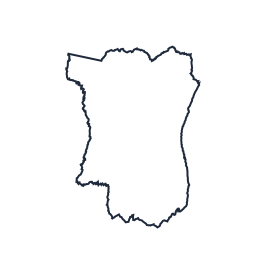 Medicilândia, Pará, Brazil, rotated 19°
{"feature_id": "56859067B67123730011126", "entity_name": "Medicilândia", "entity_type": "district", "adm_level": 2, "iso_a3": "BRA", "parent_name": "Brazil", "parent_adm1": "Pará", "projection": "equal_earth", "projection_center": [-53.215, -3.165], "detail": "fine", "context": "isolated", "style": "outline", "palette": "slate", "viewbox_px": 256, "rotation_deg": 19, "n_neighbors": 0, "source": "geoboundaries", "source_scale": "gbopen_adm2", "svg_char_len": 5812}
<svg xmlns="http://www.w3.org/2000/svg" viewBox="0 0 256 256"><g transform="rotate(19 128 128)"><path d="M163.3,37.9L162.2,38.8L161.5,38.6L161.1,39.3L160.1,39.2L159.7,39.6L158.8,38.9L157.2,39.8L156.6,38.9L155.9,39.7L154.9,39.4L154.2,40.5L153.2,40.8L152.0,39.7L150.6,40.1L150.0,39.5L149.1,40.4L148.5,40.3L148.2,39.4L147.3,38.9L147.0,38.1L146.3,37.4L145.8,37.5L145.3,36.9L144.7,37.1L143.7,36.6L141.1,38.8L140.8,39.8L140.4,40.1L140.7,41.2L140.5,42.1L137.7,44.3L137.1,44.4L137.1,45.1L136.6,45.8L136.1,45.7L135.3,46.7L135.3,47.6L134.8,48.4L132.7,50.3L132.7,50.8L131.6,51.7L131.9,52.7L131.2,54.0L130.7,53.7L130.2,54.7L130.0,55.7L128.9,56.7L128.8,56.1L128.3,55.6L126.7,56.0L126.2,55.5L125.9,54.8L125.1,54.3L125.2,53.6L125.0,53.2L124.1,52.9L123.7,52.2L122.9,52.1L122.7,51.6L121.5,50.9L121.0,51.1L119.9,50.6L118.8,50.8L117.9,49.8L117.0,50.0L115.0,49.8L114.5,50.5L113.3,50.1L112.7,50.4L112.1,50.2L111.1,50.7L110.5,49.9L108.1,52.1L107.6,54.5L106.9,55.0L106.6,54.6L105.5,54.4L103.6,55.5L102.9,56.6L101.9,56.9L98.6,56.2L97.9,55.1L97.4,54.8L95.5,56.0L95.3,58.1L94.6,58.2L94.0,57.5L92.5,56.7L92.0,57.4L90.3,58.4L90.2,59.0L89.6,59.6L88.1,60.0L86.9,59.7L85.3,61.1L84.8,62.0L84.0,62.1L82.9,63.6L82.7,64.6L83.1,66.0L82.2,69.0L81.8,69.2L81.6,70.3L81.0,71.0L81.0,73.1L47.5,77.2L47.6,78.4L49.0,79.1L49.5,79.8L49.7,81.3L50.4,81.8L50.8,82.6L50.6,83.5L49.8,83.5L49.6,84.0L49.6,85.0L50.7,88.4L51.1,91.1L51.0,92.0L50.3,91.9L50.4,92.5L52.2,94.4L52.0,95.2L52.3,96.6L53.9,99.9L55.3,101.4L55.7,101.5L56.1,101.3L56.0,100.6L56.4,100.3L57.1,101.3L57.9,101.5L59.2,100.9L60.0,101.1L60.4,100.7L61.3,101.0L64.2,100.9L64.3,102.1L64.8,102.7L65.5,102.3L65.8,101.9L66.1,100.7L66.5,100.7L67.5,101.3L66.9,102.8L67.1,103.3L68.4,103.4L68.7,103.1L69.5,103.4L70.7,102.9L70.8,104.5L70.5,105.6L71.1,106.4L72.0,105.4L73.3,105.5L73.6,105.9L73.3,107.1L73.7,109.0L74.1,109.4L75.0,108.1L75.5,108.0L75.9,109.1L75.9,110.2L76.3,111.2L75.9,112.5L76.7,113.0L77.2,113.9L77.0,114.4L76.1,114.5L76.5,115.7L77.4,115.8L76.6,118.7L77.6,120.0L78.1,120.1L79.8,121.2L79.4,122.3L79.3,123.4L78.9,123.6L78.9,124.2L79.1,124.7L80.3,125.2L80.9,126.0L81.4,125.8L81.6,126.4L82.1,126.7L82.5,126.3L84.0,129.7L84.4,129.8L86.2,131.6L87.9,132.4L88.4,134.1L87.9,136.3L88.9,137.3L89.4,137.3L89.4,136.7L89.9,136.7L90.4,139.1L91.5,139.0L92.2,139.8L92.5,142.8L94.0,146.4L94.2,148.2L94.5,148.7L95.3,148.6L95.7,149.8L96.1,150.1L95.6,151.5L95.8,152.0L95.7,152.5L95.0,154.4L95.5,156.1L95.5,156.7L95.2,157.1L95.8,159.9L95.6,160.7L95.8,161.3L95.5,162.5L95.8,164.4L96.2,164.4L96.1,166.2L95.5,167.4L95.8,168.0L95.5,170.1L95.9,170.8L96.3,170.9L96.6,170.6L97.4,170.9L97.9,172.1L97.5,172.3L97.2,171.9L96.4,173.3L96.6,173.8L97.1,173.6L97.3,174.2L96.8,175.7L96.8,176.8L95.8,177.9L95.5,177.6L95.2,178.0L95.6,178.5L96.4,178.8L97.4,180.1L97.6,180.6L97.5,182.0L98.3,182.1L98.7,182.4L98.8,183.0L98.5,187.2L97.2,188.8L96.4,191.8L95.9,192.1L96.8,195.6L97.5,195.1L98.1,196.2L99.2,196.9L99.3,195.5L99.9,195.2L100.6,196.3L101.6,196.6L102.8,196.4L103.5,196.7L103.4,197.3L104.5,197.3L104.7,196.8L104.7,195.9L105.1,196.0L105.4,195.4L106.2,195.4L106.7,194.7L108.2,194.1L108.8,193.6L109.3,191.8L111.0,190.7L111.4,190.6L112.0,191.6L113.1,191.6L113.8,191.1L113.9,191.9L114.9,190.9L115.8,191.5L116.1,191.0L115.9,190.5L116.5,189.5L116.7,191.1L117.8,191.2L117.8,189.9L118.6,191.3L118.8,190.6L120.1,190.3L120.3,189.7L121.3,190.3L121.3,189.3L121.9,188.7L123.6,189.9L124.5,188.3L125.3,189.0L125.5,188.6L126.4,189.8L126.9,189.3L126.9,188.7L127.7,188.5L127.9,189.1L128.7,189.5L128.9,190.0L128.9,191.0L129.5,191.8L129.8,193.9L130.4,194.4L130.6,195.2L130.3,195.9L131.0,197.6L130.9,200.1L131.9,201.4L132.9,202.1L132.6,203.0L133.2,206.9L133.0,207.5L133.8,207.6L134.3,208.9L135.7,210.5L136.2,212.7L136.9,212.8L138.1,215.0L139.2,215.1L141.0,216.2L142.4,217.6L142.3,219.4L143.1,217.9L144.1,217.1L144.7,215.9L147.6,212.7L149.5,214.5L150.9,214.4L152.5,215.8L154.2,216.4L156.5,217.9L159.0,216.6L158.9,213.4L159.2,212.4L159.0,211.5L159.9,211.1L160.3,209.2L161.3,208.5L161.7,210.8L162.7,212.5L162.8,213.2L164.0,213.1L164.4,212.7L164.8,211.7L166.4,210.7L166.5,210.2L166.9,209.9L168.0,210.9L169.1,211.1L171.4,210.9L172.7,211.6L176.2,212.6L177.4,213.6L179.7,213.2L180.5,212.7L181.0,212.8L183.6,210.7L183.8,211.2L184.8,211.5L186.2,211.6L188.2,212.4L189.9,210.3L189.9,207.8L190.3,207.4L191.2,204.5L192.4,203.5L195.6,203.5L195.5,202.9L196.2,200.9L196.1,199.4L196.7,198.5L197.1,198.6L197.4,198.1L197.7,195.1L197.9,194.6L198.7,194.3L199.5,195.0L200.3,195.0L200.8,194.3L200.4,191.0L201.3,188.1L202.2,187.7L202.9,188.3L202.7,190.4L203.7,190.0L204.2,190.1L204.7,189.8L206.7,186.4L207.3,184.7L208.4,183.0L208.5,182.2L208.5,180.8L207.8,179.0L207.7,177.2L207.2,176.2L206.8,172.9L206.3,171.5L205.1,170.3L205.2,167.9L204.5,166.7L204.5,165.0L204.1,163.2L204.5,162.6L204.4,161.8L202.9,160.3L201.9,158.5L201.1,156.7L201.0,156.0L199.8,153.8L198.0,148.8L197.6,148.3L196.7,146.1L194.9,144.4L194.5,142.4L193.2,141.3L192.6,139.0L191.9,138.8L191.8,137.9L191.0,137.0L190.6,137.4L189.9,134.8L189.5,134.8L189.1,134.3L187.9,131.9L187.2,131.7L186.3,129.4L184.9,128.2L184.4,126.3L183.8,125.9L183.0,123.6L182.4,122.6L181.9,120.5L181.0,118.6L181.1,117.3L180.2,116.2L180.3,114.7L179.7,113.0L179.2,108.7L179.6,108.2L179.4,106.7L179.8,105.1L179.5,103.6L179.9,101.8L179.6,100.5L179.7,99.9L179.5,98.6L180.1,96.9L179.7,95.5L180.4,93.4L180.3,92.8L179.6,91.6L179.2,91.5L178.5,90.1L178.6,88.6L179.2,87.4L179.4,83.1L179.7,82.0L179.2,79.2L179.7,77.8L179.5,76.3L179.7,72.4L180.4,69.4L180.8,65.8L181.3,64.3L180.9,63.8L180.7,62.3L180.3,62.8L179.8,62.9L178.9,61.8L179.0,60.9L178.3,61.3L176.3,60.3L174.1,60.5L173.8,59.3L173.0,58.3L172.5,58.1L172.2,57.5L171.2,57.4L170.0,56.5L170.4,56.4L169.7,55.3L170.0,53.8L169.7,53.3L169.8,52.6L169.0,52.2L169.1,50.5L167.0,46.2L166.4,44.5L166.5,43.7L166.0,42.2L164.8,41.5L164.7,40.8L163.7,39.9L163.3,37.9Z" fill="none" stroke="#1e293b" stroke-width="2"/></g></svg>